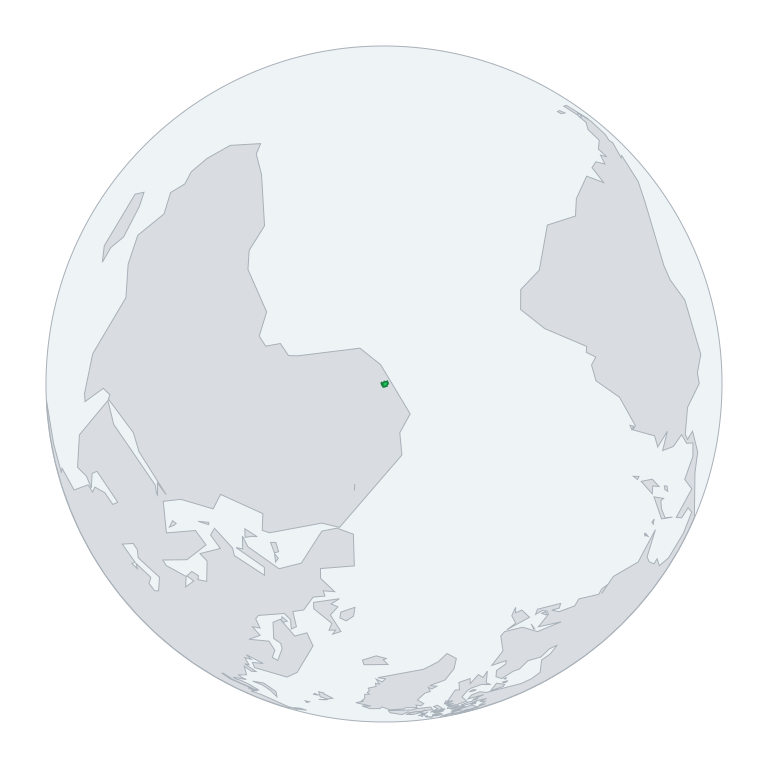 Kindia on an orthographic globe, rotated 185°
{"feature_id": "GIN-5643", "entity_name": "Kindia", "entity_type": "Prefecture", "adm_level": 1, "iso_a3": "GIN", "parent_name": "Guinea", "parent_adm1": "", "projection": "orthographic", "projection_center": [-12.581, 10.091], "detail": "fine", "context": "on_globe", "style": "filled", "palette": "green", "viewbox_px": 768, "rotation_deg": 185, "n_neighbors": 0, "source": "natural_earth", "source_scale": "10m", "svg_char_len": 9579}
<svg xmlns="http://www.w3.org/2000/svg" viewBox="0 0 768 768"><g transform="rotate(185 384 384)"><circle cx="384" cy="384" r="338" fill="#eef3f6" stroke="#a8b0b8"/><path d="M282.5,61.7L282.2,61.9L254.8,74.4L261.6,72.0L255.5,76.7L261.0,76.1L254.4,79.7L264.6,76.3L269.6,73.3L275.7,71.1L279.4,70.8L271.6,74.8L268.6,75.6L268.2,76.7L262.7,79.0L267.6,77.7L257.6,83.3L272.9,77.6L269.5,82.0L261.5,85.8L255.3,85.6L221.4,97.5L211.4,103.2L203.3,110.4L202.9,122.7L194.7,129.7L188.7,139.0L196.3,134.5L203.8,125.8L216.6,120.8L224.2,111.9L230.5,109.0L241.1,100.8L246.9,102.2L246.9,108.4L238.3,115.7L238.1,119.1L252.2,113.0L242.2,128.5L245.7,143.2L242.3,147.8L224.8,153.8L209.5,150.7L186.8,162.5L209.0,155.6L200.1,169.0L201.8,172.0L206.6,172.2L212.9,167.7L211.5,173.0L188.9,180.8L189.9,176.0L197.1,173.3L189.8,172.4L174.6,179.6L171.3,186.8L151.8,193.2L149.2,198.8L143.5,203.9L148.9,194.2L138.7,212.3L115.3,228.8L100.9,262.6L106.9,234.6L104.1,229.9L99.3,228.4L96.7,233.7L93.9,226.9L85.2,235.8L72.7,261.5L66.3,283.1L70.3,287.2L75.8,276.6L81.2,276.6L68.2,306.4L76.1,315.1L70.0,338.6L71.1,352.3L77.3,351.3L83.1,359.5L90.3,347.0L100.6,342.0L97.6,361.6L105.8,345.1L109.9,355.9L132.3,360.1L129.8,364.2L148.2,391.3L173.1,405.7L178.9,420.9L175.4,429.3L185.2,433.2L185.4,439.1L228.7,453.2L254.4,470.1L256.0,490.0L239.2,511.0L235.1,556.6L207.9,568.0L208.5,585.5L200.2,608.7L182.8,603.8L195.6,617.7L192.3,623.8L183.1,622.4L188.3,631.0L181.8,629.7L190.9,636.6L190.8,645.5L202.9,655.3L205.5,662.2L213.7,667.9L210.9,667.0L210.6,668.1L214.1,670.9L200.8,663.9L185.1,651.6L181.1,646.3L177.2,644.3L167.5,630.0L167.1,632.3L148.4,607.8L139.9,588.2L115.5,526.3L107.9,512.5L91.6,493.8L71.0,441.0L72.8,422.4L70.0,412.0L79.6,387.1L79.5,360.1L76.8,355.2L72.5,363.9L65.6,343.6L66.5,322.5L63.2,278.7L66.8,267.7L73.0,251.9L76.3,244.3L86.8,223.1L98.8,202.7L112.2,183.3L126.9,164.7L142.8,147.3L160.0,131.0L178.2,116.0L197.4,102.3L217.6,89.9L238.5,79.0L260.2,69.6L282.5,61.7ZM95.7,273.8L105.2,295.1L95.5,294.4L98.1,291.8L96.7,283.8L92.4,275.3L85.1,276.5L95.7,273.8ZM109.6,257.3L107.6,255.2L110.1,255.9L109.6,257.3ZM237.2,100.7L239.1,100.8L236.1,102.2L237.2,100.7ZM240.0,97.4L235.2,99.1L235.9,97.8L238.8,96.7L240.0,97.4ZM245.8,95.7L237.6,95.3L238.8,93.1L251.0,87.7L245.8,95.7ZM269.6,72.6L264.4,75.7L265.2,73.6L269.6,72.6ZM268.6,71.9L262.5,70.3L272.0,66.3L272.1,67.3L281.7,63.0L289.3,61.6L285.8,63.7L278.1,66.4L286.9,64.0L268.6,71.9ZM278.2,70.1L276.1,69.8L284.2,66.2L289.9,66.1L285.5,67.2L278.2,70.1ZM280.4,62.8L287.5,60.5L295.6,58.7L299.4,57.6L290.3,61.3L280.4,62.8ZM285.5,67.9L292.5,66.3L292.1,67.9L280.8,70.2L285.5,67.9ZM284.0,65.4L288.1,63.8L287.6,64.6L284.0,65.4ZM294.6,73.9L291.9,73.0L295.9,70.9L294.6,73.9ZM295.2,65.6L295.3,65.1L296.6,64.3L301.0,63.7L295.2,65.6ZM296.7,60.0L298.6,60.0L300.8,58.4L307.0,57.5L299.8,60.3L305.5,58.7L307.4,58.5L299.4,61.1L296.7,60.0ZM309.3,61.0L302.3,65.2L306.4,66.9L302.9,68.7L297.0,65.6L309.3,61.0ZM304.2,60.7L306.6,61.2L301.1,62.8L296.1,63.5L304.2,60.7ZM313.7,56.0L306.1,56.7L307.9,56.1L313.7,56.0ZM311.6,61.1L313.2,60.1L312.5,61.0L311.6,61.1ZM314.3,57.0L311.3,57.2L313.5,56.5L314.3,57.0ZM318.9,58.3L316.7,59.5L313.2,59.9L318.9,58.3ZM317.7,57.5L321.3,56.5L313.3,59.3L316.0,57.6L317.7,57.5ZM316.8,56.4L317.1,56.0L317.7,56.4L316.8,56.4ZM333.4,56.8L324.1,60.2L316.4,60.8L326.5,57.2L333.4,56.8ZM226.6,677.5L203.6,665.9L214.9,671.5L213.9,668.5L229.1,676.4L226.6,677.5ZM227.4,669.8L231.4,668.8L235.0,670.5L233.0,671.7L227.4,669.8ZM717.0,326.6L718.7,337.8L708.1,296.2L697.6,267.4L697.4,272.1L683.5,251.4L670.0,257.8L664.9,251.0L663.0,256.1L652.7,251.4L643.7,240.4L638.9,243.0L662.3,272.0L667.0,269.5L666.5,255.1L672.5,266.4L682.0,274.3L683.0,306.8L657.6,343.5L649.8,320.3L602.8,263.0L601.3,255.7L600.9,255.0L599.9,253.6L601.1,265.7L591.3,254.7L622.1,295.1L629.5,313.8L657.3,345.0L656.0,349.3L663.3,355.2L680.3,340.4L681.5,348.4L676.8,388.8L648.6,447.6L649.3,481.1L642.2,510.8L617.9,534.3L613.3,556.1L599.8,566.0L594.5,578.6L579.9,593.3L558.0,608.3L527.9,612.7L531.3,601.9L524.3,582.1L516.8,531.2L530.0,505.3L529.5,486.2L507.2,445.6L512.5,420.8L505.1,411.4L490.8,415.3L481.7,404.0L472.5,404.5L411.1,417.6L389.1,403.0L355.3,356.5L364.0,336.8L360.0,314.8L415.8,237.3L433.9,240.0L485.0,225.8L492.5,227.6L493.4,244.3L537.2,259.8L543.3,244.7L576.2,251.4L593.7,247.9L587.8,216.7L559.1,221.6L547.3,208.2L564.9,191.8L589.0,189.4L585.2,184.2L564.3,175.0L564.0,164.5L556.3,171.2L563.7,175.7L559.1,180.5L552.1,176.8L552.3,172.9L543.4,171.9L544.8,192.2L552.5,199.0L532.7,205.9L543.6,218.4L540.3,225.5L520.6,207.4L518.1,200.0L486.4,183.0L487.2,191.0L517.2,208.2L510.4,207.4L511.8,220.2L505.4,210.0L472.4,190.8L450.7,198.4L433.1,232.0L418.3,236.3L401.4,231.7L397.7,200.2L431.2,194.6L430.3,184.9L415.0,172.8L426.5,172.7L424.3,167.6L436.1,165.5L444.3,151.9L455.0,149.4L450.1,134.6L455.0,131.8L456.5,141.0L463.3,146.7L488.9,142.5L491.4,138.9L486.2,130.1L493.9,130.7L485.5,122.8L496.3,117.9L476.2,117.8L469.5,109.2L471.5,101.8L465.7,99.4L462.4,111.6L464.3,116.7L471.7,120.9L473.8,136.9L466.8,140.6L450.9,125.1L439.1,129.4L431.9,116.9L445.4,89.1L455.1,83.6L488.3,90.2L490.8,95.2L480.0,95.0L497.4,102.3L492.4,98.2L498.8,99.3L494.0,92.6L498.3,93.2L486.4,86.4L491.1,86.3L498.6,90.6L495.6,82.3L503.3,81.5L500.5,79.5L495.4,77.6L508.6,78.8L505.9,77.3L500.6,76.3L491.9,73.0L481.7,68.0L486.9,68.7L491.2,70.5L508.1,76.1L518.9,81.9L520.0,81.7L511.8,77.0L491.2,70.0L483.6,67.0L493.1,69.5L489.1,68.3L486.9,67.1L489.6,66.7L479.0,63.9L448.2,53.2L450.2,52.8L462.1,55.4L456.1,53.9L480.4,60.1L504.1,68.1L527.1,77.9L549.4,89.3L570.7,102.4L591.0,116.9L610.2,133.0L628.2,150.4L644.8,169.1L660.0,189.0L673.7,210.0L685.7,231.9L696.2,254.6L704.9,278.1L711.8,302.1L717.0,326.6ZM404.2,275.3L404.4,281.8L404.2,275.3ZM620.0,203.3L630.8,201.7L616.5,184.8L619.5,183.2L613.5,178.5L615.4,183.7L599.4,171.0L600.7,164.9L594.5,158.0L590.5,158.3L590.8,171.9L613.7,189.5L615.3,197.5L620.0,203.3ZM133.1,360.0L135.4,364.3L131.5,363.7L133.1,360.0ZM92.0,301.9L95.0,303.3L95.9,306.9L93.1,307.0L92.0,301.9ZM123.1,310.9L127.6,313.8L121.9,314.1L123.1,310.9ZM107.2,298.0L119.3,309.4L108.4,312.6L101.1,305.8L107.4,305.8L107.2,298.0ZM103.6,267.7L105.1,269.7L103.1,273.0L103.6,267.7ZM111.4,257.9L110.5,258.0L110.8,254.9L111.4,257.9ZM201.4,168.5L203.2,168.1L207.1,169.4L203.3,171.1L201.4,168.5ZM236.5,164.3L233.4,173.0L233.0,167.5L227.0,170.8L218.7,164.3L240.2,149.9L231.9,157.2L236.5,164.3ZM213.6,153.0L216.5,157.8L212.5,153.1L213.6,153.0ZM400.9,144.8L407.6,147.1L407.1,153.0L393.5,159.0L394.1,150.1L400.9,144.8ZM417.3,149.2L405.3,133.7L413.3,130.3L410.8,134.7L417.3,133.9L415.1,141.0L434.4,154.0L435.2,160.3L409.7,166.2L417.6,160.3L410.5,158.0L417.3,149.2ZM360.7,109.2L355.6,104.9L379.5,102.6L381.4,107.1L368.0,112.5L357.8,110.7L360.7,109.2ZM268.9,87.2L265.4,87.5L267.6,86.1L272.3,84.7L268.9,87.2ZM293.0,73.6L286.4,85.3L282.1,85.9L283.4,93.2L272.5,98.1L272.0,93.0L264.6,102.8L259.8,100.2L256.0,107.0L256.1,95.1L251.5,93.9L260.8,93.2L270.9,88.5L273.9,86.2L279.0,79.1L274.0,75.3L283.3,71.0L291.2,69.1L293.7,69.3L286.9,71.8L295.3,70.3L287.4,74.3L293.0,73.6ZM377.9,61.4L368.8,62.0L384.3,64.1L376.5,66.2L378.8,66.3L375.8,69.2L376.2,73.1L371.6,73.8L373.8,75.2L371.8,77.4L373.2,79.6L365.5,82.0L366.5,85.1L362.3,84.6L366.2,89.4L359.9,87.0L356.8,90.4L364.5,90.9L319.8,103.2L305.9,111.9L297.7,121.0L288.0,116.8L289.4,106.4L297.4,94.5L312.1,87.5L305.1,87.5L310.0,84.3L313.5,85.6L311.1,81.8L316.2,79.7L323.2,72.2L316.6,69.1L319.0,66.7L324.1,66.9L322.9,64.5L334.2,63.5L336.2,62.0L349.4,60.0L358.1,62.1L359.6,60.3L369.7,59.4L377.9,61.4ZM337.2,56.2L349.4,57.1L351.1,59.0L327.6,61.8L324.2,63.3L309.2,66.2L307.0,63.7L311.5,63.0L315.4,61.8L314.5,63.0L318.1,61.1L324.4,60.3L328.9,58.8L331.6,59.4L337.2,56.2ZM497.0,220.8L502.0,220.8L509.0,219.1L510.0,227.6L497.0,220.8ZM474.4,207.8L478.4,206.2L483.2,216.3L477.9,216.7L474.4,207.8ZM476.5,197.2L478.2,205.3L474.1,201.2L476.5,197.2ZM459.7,139.4L463.5,137.8L465.5,139.7L465.3,143.2L459.7,139.4ZM422.2,71.8L416.8,70.9L416.9,70.1L407.7,66.5L412.8,65.2L420.3,66.9L422.2,71.8ZM585.3,222.7L582.7,229.4L578.9,227.0L580.6,225.2L585.3,222.7ZM546.4,228.6L557.2,231.0L546.5,230.9L546.4,228.6ZM426.2,69.8L421.9,68.3L427.1,68.7L426.2,69.8ZM416.1,64.2L421.5,64.1L412.4,64.7L416.1,64.2ZM674.7,497.3L648.5,551.4L639.8,554.1L643.1,539.8L656.2,507.8L668.0,496.2L675.2,480.8L674.7,497.3ZM463.4,63.1L470.4,68.9L478.9,73.6L488.9,76.6L477.8,75.6L464.8,68.2L463.4,63.1ZM449.6,54.0L440.8,52.5L442.4,52.3L444.7,52.6L449.6,54.0ZM445.8,53.7L439.1,53.7L432.7,52.3L439.3,52.5L445.8,53.7ZM433.1,59.9L434.9,61.5L430.6,61.0L433.1,59.9Z" fill="#d9dde1" stroke="#a8b0b8" stroke-width="1"/><path d="M386.7,385.2L386.6,385.3L386.4,385.2L386.1,385.1L385.9,385.0L384.9,385.1L384.6,385.2L384.4,385.4L384.4,385.5L384.3,386.0L384.2,386.2L384.0,386.3L383.9,386.6L383.6,386.5L383.2,386.3L382.3,386.3L382.0,386.4L381.7,386.6L381.4,386.8L381.3,387.0L381.0,387.1L381.0,386.9L380.9,386.6L380.7,386.3L380.4,386.2L380.2,386.0L380.1,385.8L380.3,385.6L380.3,385.4L380.3,384.9L380.2,384.8L379.9,384.5L380.2,384.3L380.2,384.2L380.4,384.0L380.7,383.9L380.7,383.4L380.8,383.3L380.9,383.1L380.9,382.9L380.8,382.2L381.3,382.0L382.0,381.8L382.4,381.7L382.5,381.5L382.7,381.4L382.7,381.5L382.8,381.5L383.0,381.6L383.2,381.8L383.3,381.7L383.5,381.5L383.6,381.4L383.8,381.3L384.1,381.2L384.3,380.9L384.5,380.9L384.5,381.1L384.5,381.3L384.8,381.4L384.9,381.6L385.0,381.6L385.2,381.8L385.0,382.0L385.0,382.3L384.9,382.4L384.9,382.5L385.0,382.9L385.0,383.0L385.4,382.9L385.5,382.9L385.8,382.9L385.8,383.0L385.9,382.9L386.0,382.9L386.0,383.0L386.3,383.5L386.6,383.9L386.7,384.0L386.7,384.3L386.6,384.6L386.5,384.8L386.6,385.0L386.7,385.2Z" fill="#22c55e" stroke="#15803d" stroke-width="1.5"/></g></svg>